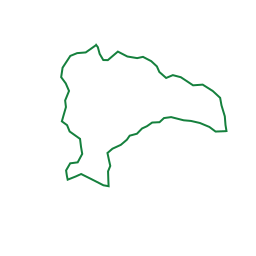 Mjölby, Östergötland, Sweden, rotated 300°
{"feature_id": "70781695B90308748952791", "entity_name": "Mjölby", "entity_type": "district", "adm_level": 2, "iso_a3": "SWE", "parent_name": "Sweden", "parent_adm1": "Östergötland", "projection": "mercator", "projection_center": [15.167, 58.323], "detail": "fine", "context": "isolated", "style": "outline", "palette": "green", "viewbox_px": 256, "rotation_deg": 300, "n_neighbors": 0, "source": "geoboundaries", "source_scale": "gbopen_adm2", "svg_char_len": 996}
<svg xmlns="http://www.w3.org/2000/svg" viewBox="0 0 256 256"><g transform="rotate(300 128 128)"><path d="M67.9,140.3L72.6,137.3L80.5,132.4L86.3,131.6L91.2,127.1L96.1,122.7L102.3,124.9L109.8,130.2L117.3,132.9L122.2,133.3L127.5,138.6L134.6,140.4L139.0,143.5L144.8,146.2L148.8,152.4L154.6,154.2L159.0,159.9L162.5,172.3L165.6,179.0L168.3,187.8L169.6,198.0L168.7,205.6L174.0,214.0L174.6,214.8L179.4,210.9L186.5,206.0L194.4,197.6L200.2,192.7L202.4,183.0L202.9,171.0L197.5,163.0L198.4,148.4L196.2,140.4L190.4,136.0L192.2,127.1L195.8,122.2L197.5,114.7L197.1,105.4L193.1,101.0L189.6,91.7L189.1,81.0L176.7,76.6L174.5,72.6L178.0,66.4L182.9,61.5L184.0,58.9L183.8,58.9L172.3,53.6L167.4,46.5L161.6,42.0L147.5,41.2L138.6,44.7L135.5,51.8L130.6,58.4L120.4,59.8L115.1,63.8L106.2,66.0L100.7,67.4L100.0,73.8L95.8,79.2L94.6,91.9L88.1,96.8L82.7,101.3L73.1,101.6L68.5,95.6L60.3,95.6L56.0,99.0L53.1,101.6L59.8,106.9L64.7,110.4L65.4,121.5L66.1,135.3L67.9,140.3Z" fill="none" stroke="#15803d" stroke-width="2"/></g></svg>